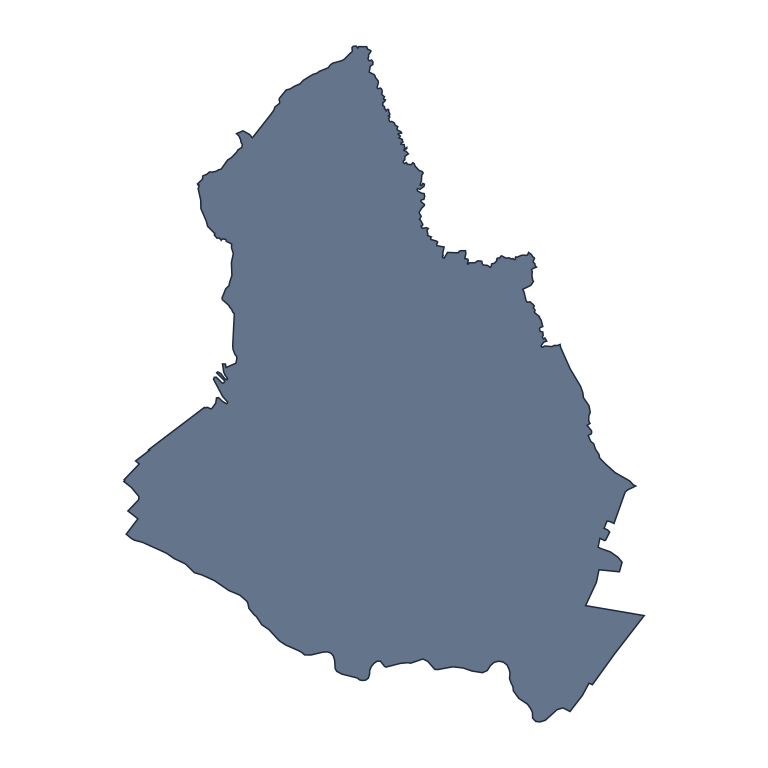 outline of Razvad, Dâmbovita, Romania
{"feature_id": "2599482B17073586102426", "entity_name": "Razvad", "entity_type": "district", "adm_level": 2, "iso_a3": "ROU", "parent_name": "Romania", "parent_adm1": "Dâmbovita", "projection": "mercator", "projection_center": [25.513, 44.956], "detail": "fine", "context": "isolated", "style": "filled", "palette": "slate", "viewbox_px": 768, "rotation_deg": 0, "n_neighbors": 0, "source": "geoboundaries", "source_scale": "gbopen_adm2", "svg_char_len": 6079}
<svg xmlns="http://www.w3.org/2000/svg" viewBox="0 0 768 768"><path d="M570.0,711.5L582.5,695.3L589.0,683.2L592.4,684.7L614.3,654.3L644.2,615.6L585.6,605.6L596.4,582.4L599.0,569.8L619.4,571.8L622.1,562.2L617.9,557.2L610.4,551.9L600.2,548.3L598.1,547.0L599.9,538.3L604.6,540.6L605.6,540.2L609.7,532.1L607.7,530.0L604.1,528.3L607.0,521.1L610.0,521.6L614.0,523.5L625.1,492.2L627.5,490.0L635.7,486.0L633.2,484.8L629.8,481.0L615.1,472.6L605.1,463.6L599.6,457.9L599.0,454.5L595.5,449.2L593.7,443.8L590.7,441.3L588.2,435.4L591.3,433.8L591.7,432.2L591.5,430.7L587.1,425.3L590.0,423.5L589.1,421.7L588.7,419.4L588.9,415.7L590.3,412.5L589.0,405.7L583.5,397.7L582.8,392.5L580.5,386.2L570.2,368.9L560.7,347.5L560.1,344.4L557.5,345.5L554.2,345.4L552.1,346.6L544.7,346.0L542.5,347.2L541.6,346.9L541.1,345.9L543.6,342.2L546.8,341.1L544.9,338.0L543.5,338.9L542.6,337.8L542.3,336.8L543.2,335.4L542.8,332.0L540.3,331.5L539.8,330.0L539.5,328.3L540.2,327.5L542.8,326.6L541.1,320.0L539.7,318.1L539.4,316.6L534.7,312.7L534.4,311.5L535.1,310.6L534.9,309.8L533.3,307.7L534.3,306.1L533.9,305.3L530.1,301.8L527.3,302.2L526.0,300.5L524.2,292.5L522.8,289.3L530.8,285.4L533.5,281.5L532.7,280.0L531.9,275.5L532.3,271.6L531.5,270.0L532.4,268.8L536.5,267.1L534.9,265.4L535.0,263.9L533.4,262.4L533.3,260.8L534.5,258.6L534.3,257.8L532.8,256.8L531.4,254.5L528.6,252.4L527.5,254.9L526.2,255.4L523.3,255.1L520.8,255.5L517.5,257.1L515.7,256.9L515.3,257.5L515.6,259.1L514.5,259.7L512.8,258.5L511.8,259.1L509.1,257.8L506.1,258.2L501.8,255.9L500.8,256.1L499.6,258.1L497.5,258.0L496.6,259.2L497.0,260.5L494.4,263.2L491.5,263.9L491.4,265.8L490.3,267.4L487.5,265.4L483.3,265.0L482.3,263.8L481.8,261.3L480.6,261.0L477.5,260.9L474.8,262.8L469.3,262.8L468.3,264.1L467.4,263.9L468.3,260.1L467.6,259.1L464.8,258.5L465.9,253.4L465.5,250.7L460.6,250.7L459.2,251.3L458.2,252.8L447.5,252.4L444.2,258.1L442.7,257.5L442.5,256.6L443.2,255.6L442.7,253.7L444.1,247.0L436.9,245.7L436.7,244.1L437.7,242.2L436.8,241.2L430.8,239.4L430.6,237.8L431.4,237.0L427.5,235.4L427.9,233.9L426.9,230.7L428.3,228.5L426.4,227.7L422.3,228.3L421.1,226.1L422.5,225.4L422.8,224.3L420.4,220.0L419.4,219.5L421.2,216.3L419.3,213.2L419.3,212.0L421.6,208.3L424.3,205.6L424.5,204.5L421.1,201.7L420.8,200.7L421.6,199.8L423.9,199.4L424.7,196.4L424.2,193.6L421.4,193.1L417.5,190.9L417.0,189.6L417.8,188.5L419.9,189.4L424.0,186.4L424.5,184.2L422.8,183.4L421.7,185.5L420.1,185.1L421.4,180.9L421.8,175.1L423.2,173.1L422.2,171.5L419.3,170.6L415.1,166.1L414.2,163.6L412.9,162.6L411.2,164.7L407.4,164.2L406.4,162.6L404.6,163.5L403.4,162.6L403.4,160.8L404.8,159.8L405.0,156.2L408.4,153.9L406.2,151.4L403.9,150.4L404.2,149.2L406.0,149.1L406.9,148.2L406.8,147.5L405.7,148.4L404.7,148.1L404.2,144.6L401.0,144.2L401.2,143.0L403.0,141.9L402.4,141.0L402.4,139.4L399.0,138.0L400.4,136.1L398.1,134.4L398.3,133.7L401.6,133.1L401.5,132.6L400.6,131.5L397.4,130.1L396.9,129.1L397.8,126.7L394.8,124.8L394.5,123.0L391.8,121.4L390.1,121.8L389.5,121.2L388.6,118.6L389.8,117.1L388.5,115.7L389.4,115.5L389.9,114.2L388.7,111.5L388.6,109.6L387.7,109.3L386.1,110.8L385.5,109.3L384.4,108.4L384.5,106.6L382.6,105.3L383.0,103.9L382.7,102.9L384.7,101.4L385.5,99.8L383.7,99.3L383.4,98.8L384.5,96.8L381.9,94.6L382.2,91.2L381.7,89.2L380.3,88.0L378.1,88.7L377.4,88.2L377.1,87.3L378.4,82.6L378.1,80.8L375.5,77.6L374.9,75.5L374.1,74.6L369.2,72.1L370.3,66.2L372.8,64.5L373.0,62.0L371.6,60.0L369.2,60.8L368.2,59.5L368.0,58.1L368.7,56.8L368.5,55.0L370.7,51.8L370.9,50.7L367.6,49.1L366.7,46.7L358.7,46.6L357.9,48.1L356.3,46.1L353.3,46.2L351.9,47.8L352.3,50.6L351.8,52.2L350.5,52.9L344.6,59.0L342.0,60.6L332.6,63.2L330.6,64.7L328.1,67.8L319.6,71.2L316.6,73.3L312.9,74.4L303.4,80.2L300.1,83.8L294.5,86.2L290.2,88.9L286.2,89.9L279.4,98.3L279.1,99.8L279.8,102.6L279.4,103.4L274.9,107.1L273.8,110.2L270.9,114.3L252.8,137.3L252.2,137.8L249.6,134.4L243.0,130.8L236.5,133.6L239.0,136.1L240.6,139.7L241.1,142.5L242.3,144.5L241.9,147.3L237.8,150.0L236.9,151.9L231.2,157.8L227.7,159.9L221.1,169.2L218.6,169.7L216.4,171.2L212.3,172.1L209.5,171.9L206.8,174.3L202.9,175.8L202.3,179.4L197.6,183.8L198.6,184.6L198.0,185.0L198.9,185.5L198.8,187.3L198.1,188.4L200.7,200.1L200.9,208.7L206.2,220.9L207.6,226.3L215.0,233.8L214.3,235.1L217.1,238.2L219.3,238.0L221.2,240.3L221.8,239.3L223.2,239.0L225.8,239.5L226.2,241.2L231.6,244.0L231.5,247.9L233.3,253.5L231.4,262.7L231.9,275.5L229.7,282.1L229.0,285.7L225.7,288.8L222.0,298.0L222.4,299.7L229.2,305.7L229.3,306.7L231.7,309.5L232.7,312.0L234.3,313.8L232.7,346.0L233.1,349.7L235.1,354.7L236.6,356.3L236.8,359.0L235.9,363.2L226.0,367.5L225.5,364.1L222.5,363.9L223.7,372.0L225.1,375.2L227.3,378.2L227.5,379.0L227.0,379.6L224.8,378.8L220.9,373.6L217.7,371.9L216.6,372.8L224.8,381.0L223.8,382.8L222.8,383.2L221.7,382.6L216.3,377.2L214.3,377.3L213.5,379.2L222.6,396.4L227.7,402.2L227.2,403.5L226.2,403.6L222.5,401.4L218.5,397.6L216.5,397.9L215.7,403.2L211.8,408.5L210.9,408.9L207.4,407.3L205.0,407.9L204.4,407.4L153.5,446.0L148.6,449.8L149.6,450.2L135.6,460.9L139.2,464.0L124.2,479.6L124.9,480.2L123.8,481.5L131.3,487.4L139.0,496.7L138.6,499.8L127.9,511.0L137.9,518.8L126.2,534.2L131.4,538.5L134.6,540.3L142.2,542.2L166.5,553.2L174.2,558.6L185.4,563.9L194.4,572.7L201.8,574.9L214.5,580.7L228.8,590.5L239.9,595.2L246.9,601.3L247.9,603.4L248.9,608.4L253.9,614.5L256.3,616.5L261.9,624.9L268.7,629.4L279.2,640.7L285.8,645.1L298.6,650.7L302.0,652.6L304.6,654.9L311.0,655.0L323.0,652.1L327.7,651.9L331.1,653.3L333.3,655.9L334.6,660.1L335.2,668.7L336.8,671.4L342.1,674.2L357.3,678.0L359.6,679.9L362.2,680.5L365.6,680.2L368.4,678.1L369.6,674.0L369.7,670.5L371.3,666.6L373.8,663.5L376.9,661.3L380.3,661.1L384.6,666.4L386.0,667.1L400.3,663.4L407.9,662.7L410.7,663.2L422.9,659.0L427.8,661.4L434.8,669.4L437.8,669.6L452.7,666.8L463.3,668.0L471.8,671.0L482.5,672.7L487.3,670.5L490.5,665.5L494.2,662.3L498.8,661.2L503.3,662.1L507.1,665.0L509.3,669.9L510.0,673.3L509.5,678.5L510.9,682.7L512.9,686.6L513.4,690.9L518.7,698.3L527.5,704.2L530.6,708.6L532.4,712.3L532.6,718.2L535.9,721.5L540.1,721.9L545.3,720.3L557.1,709.6L563.0,707.9L570.0,711.5Z" fill="#64748b" stroke="#1e293b" stroke-width="1.5"/></svg>